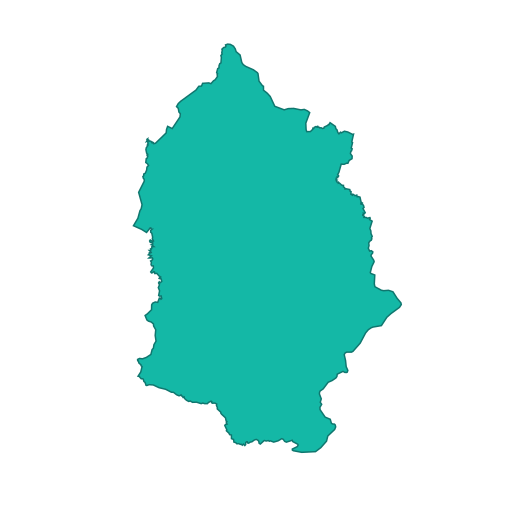 the district of Tamot, Phatthalung, Thailand, rotated 298°
{"feature_id": "78962969B20479375564270", "entity_name": "Tamot", "entity_type": "district", "adm_level": 2, "iso_a3": "THA", "parent_name": "Thailand", "parent_adm1": "Phatthalung", "projection": "orthographic", "projection_center": [100.035, 7.286], "detail": "fine", "context": "isolated", "style": "filled", "palette": "teal", "viewbox_px": 512, "rotation_deg": 298, "n_neighbors": 0, "source": "geoboundaries", "source_scale": "gbopen_adm2", "svg_char_len": 6098}
<svg xmlns="http://www.w3.org/2000/svg" viewBox="0 0 512 512"><g transform="rotate(298 256 256)"><path d="M383.4,127.8L380.4,128.1L379.0,125.8L374.3,125.1L357.4,116.9L354.2,115.8L350.6,115.7L349.9,118.0L346.9,120.4L346.1,122.4L343.1,123.6L329.2,122.2L329.0,117.1L325.7,117.6L322.5,118.9L308.3,114.3L307.2,113.0L307.9,112.2L307.9,110.9L307.2,111.0L308.0,109.1L307.3,107.9L308.1,106.8L307.8,105.5L308.6,105.3L307.8,104.9L307.4,105.6L305.9,105.6L306.6,106.1L306.7,106.8L306.0,106.5L305.1,107.8L303.6,107.8L303.4,108.6L302.4,108.2L302.0,108.6L300.1,108.3L298.2,108.9L295.4,111.2L295.2,112.2L294.2,112.3L294.4,112.9L293.5,113.0L293.3,113.6L291.1,113.9L290.4,113.4L286.8,114.8L286.5,116.8L285.5,118.6L283.3,118.0L280.5,119.1L277.1,119.4L275.7,118.4L274.1,119.2L273.1,118.8L271.6,120.2L271.3,121.2L269.7,122.2L257.1,122.5L247.8,131.3L243.9,132.4L241.4,132.3L233.9,134.0L225.2,133.6L225.8,142.6L225.4,148.3L231.2,149.4L231.4,150.1L230.6,151.0L230.9,151.7L229.2,151.0L227.6,151.8L227.2,153.3L224.1,155.9L222.5,156.4L221.1,158.5L220.3,157.9L220.5,155.1L219.3,155.0L218.4,156.2L219.1,158.7L218.1,159.2L216.8,158.3L216.9,159.7L216.5,159.9L216.3,161.3L215.3,159.7L213.7,160.4L212.8,159.6L212.3,160.3L211.5,160.4L210.8,159.2L210.0,161.8L209.3,161.6L208.8,160.3L207.4,160.7L206.5,160.4L207.1,163.5L204.0,162.4L205.7,165.4L205.0,166.2L203.9,166.3L202.1,165.3L201.5,166.5L199.1,167.4L198.4,168.5L199.0,170.0L197.3,171.1L192.5,170.5L192.0,171.7L192.9,172.7L194.1,172.9L194.3,173.8L193.0,174.9L194.1,176.6L192.8,179.9L192.8,181.7L191.9,181.9L191.4,181.0L190.7,181.0L191.2,183.1L189.3,184.7L187.4,183.9L187.8,182.7L186.5,182.6L185.2,184.3L182.2,184.6L180.0,187.2L175.4,188.6L175.3,189.8L176.2,191.0L174.1,192.8L173.2,192.4L173.8,191.1L173.5,190.4L168.9,191.0L168.1,188.6L165.8,186.9L163.9,186.8L159.5,189.0L153.8,187.2L151.4,186.0L148.3,189.7L148.0,191.6L148.5,194.5L147.9,197.3L146.1,198.5L143.8,202.1L138.5,204.3L133.9,207.7L129.9,207.5L126.3,208.7L124.7,208.2L119.7,209.4L115.0,206.8L111.9,204.0L110.9,201.3L109.1,200.0L108.0,200.7L108.1,201.3L106.5,202.9L105.9,205.6L105.2,206.0L104.9,207.3L99.5,208.7L94.5,208.3L94.8,209.4L93.7,212.3L94.4,213.5L94.3,214.3L92.6,215.9L92.3,217.4L90.2,219.6L90.4,220.4L92.2,222.0L93.9,225.8L94.2,232.2L95.9,238.8L96.0,245.2L96.9,247.2L96.2,251.0L96.4,253.5L96.9,254.3L98.2,255.0L97.5,256.2L97.6,257.2L96.9,257.9L97.8,258.8L96.7,259.6L96.0,262.3L96.0,264.9L97.1,266.0L97.0,268.6L99.0,272.1L99.9,276.9L101.2,278.1L101.5,279.9L102.8,282.4L104.4,282.8L106.7,284.5L106.7,285.3L105.7,285.7L105.5,286.5L106.8,288.7L106.9,290.8L105.4,291.3L104.2,292.9L102.8,293.6L101.6,298.1L100.6,298.9L100.1,300.1L98.8,305.0L96.2,307.2L96.2,308.0L94.7,308.1L94.0,309.4L92.7,308.1L91.7,308.0L88.8,311.9L87.8,311.9L86.9,315.2L85.9,316.6L86.4,318.3L83.2,320.1L83.5,322.3L81.3,323.9L81.7,325.7L81.2,327.2L82.3,329.0L82.3,330.6L82.9,331.5L82.5,332.7L84.0,333.2L83.4,335.1L84.6,335.4L86.4,334.5L87.6,334.9L87.9,335.6L87.0,336.4L87.3,337.4L89.0,338.3L90.0,339.6L92.9,341.0L94.2,342.4L94.2,344.3L93.7,345.4L92.1,346.7L92.0,348.1L97.0,349.9L97.4,351.8L98.8,353.5L98.7,354.7L99.5,355.4L100.0,359.0L103.2,362.3L106.8,364.5L106.9,366.2L105.8,368.3L105.9,370.2L110.3,374.5L109.4,375.6L109.4,381.4L108.6,382.0L107.0,381.9L102.6,378.7L101.7,379.2L101.6,380.4L104.1,388.5L111.2,400.4L117.2,403.2L125.6,405.2L130.8,403.9L139.7,406.9L142.5,406.6L144.0,405.3L144.4,404.2L143.6,402.3L143.8,401.0L146.7,398.2L146.2,392.7L150.4,384.7L152.3,383.5L155.9,383.6L157.0,381.4L160.5,380.7L164.0,376.7L165.8,376.0L166.9,376.0L170.2,377.7L178.4,379.0L181.8,381.7L185.8,383.8L187.6,384.0L189.8,383.2L195.0,387.0L194.9,389.0L195.7,390.7L196.3,391.1L198.1,390.8L200.6,387.6L205.8,384.1L210.3,380.2L212.1,380.2L213.7,381.2L216.0,385.5L217.4,386.4L228.0,388.9L239.6,388.9L243.7,389.8L246.7,391.4L248.2,392.7L253.4,399.4L263.3,400.3L268.5,402.2L278.0,406.8L281.3,407.1L282.7,405.9L284.9,400.4L288.7,393.7L287.9,389.1L285.3,385.0L284.6,382.7L284.7,375.4L287.0,373.5L295.0,369.8L294.5,365.5L295.0,364.7L301.1,363.2L306.4,363.0L307.5,362.0L310.0,357.5L311.4,357.2L313.2,357.6L314.5,357.2L314.8,355.3L313.7,354.0L315.6,351.5L318.3,350.9L320.6,349.3L323.0,349.7L324.1,350.4L325.6,350.2L326.3,349.4L327.9,349.4L329.8,347.0L332.1,345.6L333.7,343.6L341.3,342.2L341.5,339.2L343.0,339.1L343.4,338.5L341.7,336.7L341.8,335.4L340.8,333.2L341.9,333.0L342.0,331.2L342.6,330.9L343.3,331.5L344.2,330.7L344.5,331.9L345.5,332.1L348.2,328.1L349.6,328.6L351.1,327.2L351.8,325.6L351.1,324.6L351.2,324.0L352.2,323.8L352.8,324.5L353.0,323.4L356.8,320.2L356.5,318.5L355.8,317.5L357.1,316.4L355.7,315.1L356.1,313.1L355.8,312.1L355.0,312.4L355.1,310.7L357.5,309.7L357.4,308.7L358.7,307.6L357.6,303.8L356.9,303.2L357.9,302.2L358.1,300.7L359.4,300.1L358.8,298.4L359.6,295.3L358.9,294.5L359.9,294.0L359.3,292.8L360.1,291.6L361.1,291.9L361.0,290.8L362.4,290.3L363.5,291.2L364.0,290.7L364.1,291.2L365.5,291.4L366.2,289.9L368.8,289.9L377.1,288.1L378.3,290.7L380.5,292.5L381.0,293.6L384.1,293.4L387.0,295.1L389.4,294.0L390.7,291.3L393.0,290.6L393.6,291.0L395.8,290.6L396.0,289.4L401.5,288.0L401.7,287.0L409.4,284.9L408.7,284.1L408.6,278.9L407.7,275.5L404.9,273.6L405.0,272.5L402.8,271.9L403.5,270.2L405.5,268.2L405.9,266.7L407.7,265.2L408.5,258.8L406.3,258.8L406.1,258.2L405.0,258.0L401.9,255.7L400.7,255.9L399.8,254.8L399.8,253.3L399.0,252.0L399.3,251.2L398.9,250.3L399.5,249.8L399.3,249.3L398.4,249.3L398.3,248.0L396.9,247.0L395.9,247.1L395.5,246.2L394.7,246.7L391.4,245.6L389.6,242.4L391.1,240.9L396.7,237.6L407.8,236.1L408.3,233.4L408.1,229.8L406.1,227.1L404.0,220.0L401.3,215.3L398.3,212.3L397.0,202.3L403.5,193.7L405.0,189.6L405.9,184.8L409.4,182.9L409.4,181.7L411.8,176.6L418.0,172.1L418.5,171.1L419.2,166.3L418.6,157.9L419.0,154.8L420.2,152.6L426.0,147.6L427.1,142.5L429.1,140.5L430.7,137.6L430.8,134.0L429.8,131.5L428.1,130.0L427.2,130.9L426.2,131.0L424.9,129.6L422.6,128.8L422.1,129.5L419.3,130.4L418.5,131.3L416.5,130.9L415.1,132.2L410.0,134.4L408.8,133.7L406.7,134.0L404.7,135.0L403.5,134.2L399.3,135.2L398.9,136.5L398.0,136.5L396.4,137.7L392.4,137.2L390.7,136.2L387.0,135.3L386.7,133.1L383.4,127.8Z" fill="#14b8a6" stroke="#0f766e" stroke-width="1.5"/></g></svg>